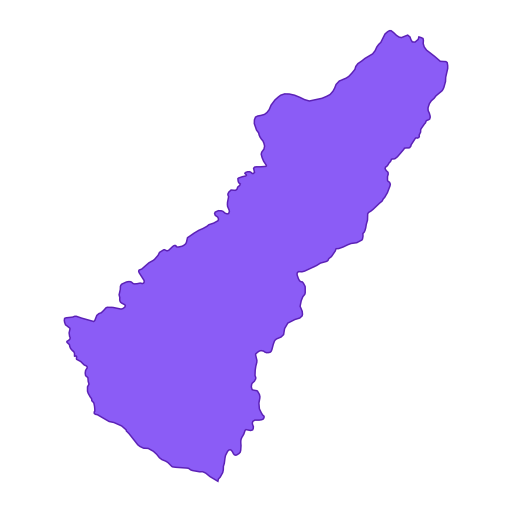 San Benito, Santander, Colombia
{"feature_id": "7082276B8887229584213", "entity_name": "San Benito", "entity_type": "district", "adm_level": 2, "iso_a3": "COL", "parent_name": "Colombia", "parent_adm1": "Santander", "projection": "mercator", "projection_center": [-73.532, 6.104], "detail": "fine", "context": "isolated", "style": "filled", "palette": "violet", "viewbox_px": 512, "rotation_deg": 0, "n_neighbors": 0, "source": "geoboundaries", "source_scale": "gbopen_adm2", "svg_char_len": 6004}
<svg xmlns="http://www.w3.org/2000/svg" viewBox="0 0 512 512"><path d="M236.6,455.0L238.9,453.6L240.2,452.2L240.7,450.3L241.0,445.6L240.8,443.1L240.8,440.9L241.1,439.2L241.8,437.5L243.8,434.1L245.1,430.3L246.0,429.6L250.6,430.5L252.6,429.9L253.2,428.6L253.4,426.7L252.4,424.0L252.4,422.7L252.8,421.4L254.8,420.1L259.3,420.1L261.8,419.7L263.3,419.0L264.0,417.7L264.1,416.6L263.7,415.8L262.7,415.1L261.3,412.8L259.4,408.9L258.9,403.1L259.8,398.2L259.9,396.6L259.4,394.4L257.5,391.1L256.8,390.7L253.3,390.1L252.1,389.6L251.3,386.9L251.7,384.2L252.2,383.2L254.4,381.2L255.7,378.8L255.8,377.7L255.0,375.4L255.2,370.3L255.8,366.2L256.8,362.3L256.9,360.3L255.6,355.0L255.7,353.9L257.6,352.2L259.4,351.0L261.1,350.6L263.6,351.1L264.9,352.1L266.6,352.7L268.7,352.6L270.4,352.1L271.2,351.2L271.9,349.6L273.3,344.2L274.5,341.0L275.3,339.9L276.6,338.9L281.1,337.0L283.6,334.6L284.6,328.6L287.8,323.1L294.9,319.5L299.8,318.0L302.1,315.9L302.5,314.3L302.2,311.3L300.1,306.3L301.2,300.8L302.4,297.7L302.9,296.6L304.8,294.3L305.2,292.8L305.2,287.9L305.1,286.4L303.4,283.2L302.3,281.9L300.9,281.7L299.6,280.8L298.5,278.9L297.3,275.5L297.0,274.0L297.3,272.7L298.5,271.6L301.9,271.8L304.6,271.1L316.6,265.5L320.4,263.1L326.2,261.5L327.3,261.0L328.0,260.4L328.5,259.1L329.3,258.2L331.3,256.7L332.2,255.5L335.3,250.9L335.8,249.2L336.2,248.7L338.6,248.6L343.1,247.0L347.9,244.7L351.0,243.5L356.8,242.7L361.9,240.0L362.5,239.0L363.0,236.1L362.9,233.5L364.2,232.1L365.0,230.4L365.7,227.9L366.3,224.3L367.5,220.1L367.7,213.7L368.7,212.4L371.0,211.0L373.1,209.3L379.5,203.2L382.0,201.2L383.4,198.7L384.6,197.5L387.4,192.7L390.0,185.9L390.3,184.1L389.9,183.2L389.6,182.4L387.9,181.1L387.5,180.3L387.5,176.6L388.2,174.2L388.1,173.1L388.0,172.3L386.4,170.8L385.4,169.3L385.1,168.4L385.6,167.0L386.7,166.4L388.0,164.8L389.1,162.9L390.5,161.5L391.5,159.3L392.3,159.0L394.1,158.9L395.1,158.6L397.4,156.8L403.9,149.2L404.4,148.2L406.4,147.9L408.7,147.9L409.6,147.7L410.8,146.2L411.2,144.7L415.5,138.1L416.4,137.9L417.4,138.1L418.8,137.5L419.3,136.5L419.2,134.9L420.6,132.1L420.7,129.5L421.4,128.3L424.4,124.0L425.5,122.8L426.0,121.2L426.7,120.5L428.7,119.7L429.7,119.0L430.2,117.2L430.1,116.0L429.3,113.1L428.2,110.8L428.0,108.9L428.1,107.5L429.4,103.6L431.3,100.8L434.1,98.3L436.0,95.8L442.0,90.8L442.9,89.5L443.8,87.6L445.5,81.5L445.7,77.2L447.7,68.5L447.7,65.6L447.2,62.6L445.9,61.6L440.3,61.3L434.5,56.3L426.5,50.1L424.2,46.9L423.2,43.6L423.4,40.4L423.0,38.5L421.4,37.7L418.9,36.9L418.2,39.4L415.0,42.1L412.3,41.9L410.9,39.6L410.0,37.0L407.7,35.1L401.4,37.6L399.1,37.1L396.5,35.4L393.6,32.6L391.1,30.7L389.4,30.7L387.5,31.8L385.0,34.0L380.8,42.4L378.7,44.4L376.8,47.0L375.1,50.7L372.6,53.9L365.0,58.4L361.6,61.1L357.9,63.6L355.8,66.4L354.9,69.4L351.9,73.1L348.8,76.4L346.2,78.1L339.3,81.0L336.1,84.4L334.7,88.0L333.0,91.2L330.1,94.5L326.5,96.4L322.0,98.3L309.3,101.0L304.5,99.6L300.0,97.4L294.6,95.2L289.3,94.0L284.6,93.9L280.7,95.2L278.3,97.0L275.0,99.9L271.1,105.1L269.2,109.6L267.0,112.5L264.5,114.4L261.0,115.4L257.7,116.0L255.5,117.1L254.4,119.9L254.3,123.6L256.5,130.0L258.7,133.0L259.1,134.9L260.0,137.0L261.5,139.3L262.9,140.9L263.9,143.2L264.6,146.1L264.2,148.0L264.0,149.0L261.7,152.2L261.2,154.2L262.1,157.6L263.6,161.2L266.2,165.1L266.4,165.8L265.8,166.4L260.5,166.8L256.3,166.8L254.6,167.1L253.6,168.3L254.5,172.4L253.3,173.5L252.3,173.5L250.6,172.1L249.5,171.7L247.4,171.8L245.3,172.6L244.9,173.5L246.2,174.6L246.4,175.4L245.6,176.0L242.4,176.7L238.6,178.0L237.9,178.6L238.1,180.9L238.5,182.2L239.0,183.0L240.3,183.9L239.7,185.4L237.7,187.1L237.0,189.2L236.1,189.9L235.6,190.3L234.4,190.3L231.1,190.0L228.8,192.1L227.9,194.0L227.9,194.8L228.6,196.7L227.5,202.3L227.4,204.5L227.6,206.5L229.1,210.0L229.4,211.4L228.7,213.4L227.8,213.9L226.5,213.7L225.1,213.2L223.0,211.4L221.4,210.8L218.3,210.7L215.2,212.1L214.6,213.5L215.3,215.4L217.6,217.0L218.2,218.1L218.5,219.2L218.0,220.7L213.7,223.1L208.9,224.7L206.8,226.4L202.8,228.6L198.8,230.3L194.0,233.2L187.5,237.7L186.4,242.4L185.6,243.9L184.0,245.2L182.2,246.2L178.5,247.0L177.1,247.0L176.1,246.5L175.9,245.7L175.0,245.4L173.9,245.7L172.7,246.5L168.7,250.3L167.4,250.8L166.5,250.7L164.5,249.7L163.7,249.8L159.5,252.4L158.1,255.3L154.6,259.3L153.4,260.3L148.9,262.8L141.7,269.1L139.5,269.9L138.9,270.3L138.7,271.5L139.2,272.8L144.1,280.5L144.2,281.9L143.9,282.7L143.4,283.2L142.3,283.6L140.5,283.1L139.6,283.2L137.2,283.7L134.5,283.9L133.2,283.6L131.3,282.0L130.0,281.6L128.4,281.6L126.4,282.0L121.8,284.1L120.8,285.3L120.4,286.5L120.3,289.4L119.1,294.8L119.8,297.6L119.7,299.4L119.9,300.9L120.5,302.1L121.5,303.0L124.7,304.7L125.3,305.5L125.0,306.9L123.2,308.4L121.2,309.1L112.8,307.4L107.3,307.3L106.0,307.8L103.6,310.5L101.2,312.8L98.9,313.6L96.8,315.4L94.8,320.5L93.7,321.5L81.6,318.1L76.4,316.3L74.7,316.3L72.6,317.1L66.1,317.8L64.6,318.4L64.3,320.4L64.6,322.3L65.5,324.8L69.8,328.1L70.0,328.9L69.1,332.9L69.6,336.5L70.2,337.7L70.0,338.9L68.8,340.2L66.9,341.4L67.0,342.4L69.4,344.6L69.8,346.6L70.6,348.5L72.7,351.0L73.2,351.0L74.0,352.1L74.5,353.5L74.5,356.1L74.8,356.3L75.9,355.9L76.4,356.3L76.7,357.1L76.4,358.1L76.6,359.3L80.7,361.5L83.6,364.4L84.3,365.0L86.5,366.0L87.2,367.0L87.2,367.8L85.6,370.4L85.2,373.0L85.5,375.3L86.2,376.3L87.6,377.3L87.9,377.8L88.2,381.5L88.9,383.8L88.9,384.3L87.5,386.8L87.5,391.2L88.2,393.3L90.2,396.9L91.6,398.8L91.8,400.7L93.5,402.5L93.9,403.2L94.5,406.2L94.8,409.2L94.8,411.2L94.2,412.0L94.3,413.5L95.4,414.3L97.4,414.7L109.1,421.5L113.9,422.5L121.6,425.9L126.1,429.8L126.4,431.0L129.0,433.6L137.8,444.8L140.0,446.5L143.6,448.2L148.2,448.4L153.4,451.3L156.7,454.3L159.4,457.7L161.9,459.6L165.6,461.1L167.9,462.5L171.9,466.5L172.8,466.9L175.9,467.3L187.4,468.1L188.7,468.4L190.7,469.9L192.4,470.5L199.6,471.8L202.5,471.7L203.6,472.1L205.7,473.1L210.0,476.6L217.9,481.3L218.4,479.0L220.2,477.1L222.7,472.6L223.3,469.9L223.4,466.3L224.3,463.4L225.0,457.9L225.5,455.5L227.6,451.3L228.8,450.1L230.1,449.7L231.2,450.2L232.3,451.5L233.5,453.8L234.4,454.8L235.4,455.2L236.6,455.0Z" fill="#8b5cf6" stroke="#5b21b6" stroke-width="1.5"/></svg>